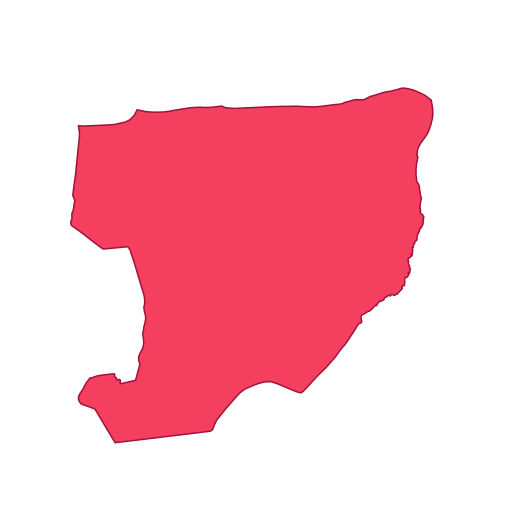 the district of Non Suwan, Buri Ram, Thailand, rotated 170°
{"feature_id": "78962969B59814899315802", "entity_name": "Non Suwan", "entity_type": "district", "adm_level": 2, "iso_a3": "THA", "parent_name": "Thailand", "parent_adm1": "Buri Ram", "projection": "mercator", "projection_center": [102.532, 14.565], "detail": "fine", "context": "isolated", "style": "filled", "palette": "rose", "viewbox_px": 512, "rotation_deg": 170, "n_neighbors": 0, "source": "geoboundaries", "source_scale": "gbopen_adm2", "svg_char_len": 5933}
<svg xmlns="http://www.w3.org/2000/svg" viewBox="0 0 512 512"><g transform="rotate(170 256 256)"><path d="M331.4,91.4L330.1,91.9L329.2,92.5L328.1,93.7L326.6,96.5L323.1,101.3L313.6,109.7L302.2,119.0L295.5,124.1L289.9,126.9L285.9,127.9L278.9,129.5L273.2,130.3L268.5,130.4L263.2,129.7L257.5,126.7L242.4,117.0L241.8,116.7L240.1,115.5L236.4,113.7L235.7,113.5L235.0,113.6L232.7,114.7L214.8,128.3L206.6,133.8L195.6,142.6L194.6,143.6L187.8,150.1L183.6,153.5L181.1,155.9L171.1,166.5L167.3,170.9L167.1,171.0L166.1,171.5L165.5,171.6L165.0,171.7L164.6,171.8L163.9,172.2L163.5,172.5L163.3,173.0L163.2,173.5L163.3,174.6L163.4,175.8L163.4,176.4L163.0,178.0L162.4,179.3L162.2,179.5L159.3,180.3L155.3,182.0L154.2,181.9L153.9,182.0L152.6,182.7L151.8,183.1L147.3,186.6L147.1,186.7L146.6,186.3L146.5,186.2L146.2,186.3L145.4,186.7L145.3,186.9L145.0,187.7L143.7,188.7L142.5,189.7L142.2,189.8L141.0,189.7L140.8,189.8L140.2,190.2L139.8,190.3L138.5,190.4L138.0,190.6L137.3,191.3L136.7,192.6L136.5,192.8L136.1,192.8L135.4,192.7L135.1,192.8L133.7,193.5L133.2,194.0L132.3,194.3L132.1,194.3L131.9,194.2L131.6,193.7L131.3,193.5L131.0,193.4L130.7,193.4L130.3,193.6L129.6,194.4L129.3,194.5L129.1,194.5L128.4,194.3L127.7,194.0L126.7,193.2L126.3,193.1L125.9,193.2L125.3,193.8L124.7,194.2L124.3,194.2L123.6,194.0L123.3,194.0L122.9,194.4L122.6,194.8L121.6,195.6L119.5,197.2L118.7,197.6L117.5,198.8L117.4,199.0L117.5,199.5L117.4,199.8L117.2,201.0L116.7,201.3L116.2,201.3L115.2,201.1L114.9,201.2L114.8,201.5L114.7,202.6L114.3,203.2L114.2,203.5L114.0,205.3L113.8,205.8L113.7,207.1L113.6,207.4L113.1,208.0L112.9,208.8L112.7,209.0L112.4,209.0L111.6,208.8L110.5,209.1L110.3,209.3L109.7,210.1L108.8,211.2L108.8,211.3L108.8,211.5L109.1,212.3L109.1,212.8L109.0,213.1L108.9,213.2L108.7,213.3L108.5,213.1L108.2,212.7L107.9,212.5L107.7,212.5L107.4,212.9L107.5,213.4L107.4,213.7L107.1,214.3L106.9,215.1L106.3,216.2L106.3,216.6L106.7,217.5L106.8,218.5L106.7,218.7L106.5,219.0L106.4,219.5L106.5,219.8L107.0,220.6L107.1,220.8L107.2,222.9L107.2,223.1L106.6,224.0L106.6,224.4L106.8,224.9L107.1,225.3L107.3,225.8L106.6,226.3L106.1,227.1L105.3,227.7L104.8,227.7L104.6,227.8L104.2,228.2L102.4,229.2L102.3,229.3L102.2,229.5L102.8,230.2L102.9,230.3L102.9,230.6L102.8,230.8L102.6,230.9L101.7,230.9L101.5,231.0L101.4,231.3L101.7,231.6L101.7,231.9L101.1,233.1L101.0,233.7L100.7,234.3L100.5,235.0L100.6,235.5L101.0,236.1L101.1,236.3L101.1,236.6L100.8,236.8L99.7,237.2L99.6,237.3L99.5,237.5L99.5,237.8L99.6,238.5L99.2,239.1L99.0,239.5L98.1,240.4L97.7,240.6L97.5,240.8L97.4,241.2L97.5,242.0L97.4,242.2L96.4,242.9L95.3,243.4L94.7,244.0L94.4,245.0L94.5,246.1L94.5,246.3L94.0,246.8L94.0,247.6L92.7,249.6L92.3,249.9L92.0,251.0L91.9,251.2L91.6,251.3L91.3,251.4L91.1,251.4L90.9,252.1L90.5,252.7L90.6,253.5L90.4,253.8L89.9,254.2L89.2,254.5L88.5,255.0L88.3,255.3L88.2,255.9L88.0,256.1L87.4,256.4L86.9,257.0L86.6,257.7L86.1,258.2L86.0,258.4L86.0,259.1L85.6,259.7L85.6,260.3L85.3,260.9L85.3,261.2L85.4,261.7L85.3,261.9L84.9,262.3L84.6,262.9L84.7,263.7L84.0,265.4L84.0,265.9L84.2,266.2L84.5,266.6L84.6,267.2L85.3,268.5L85.9,268.9L86.1,269.1L86.6,270.2L86.7,270.5L86.8,270.9L86.7,271.1L86.2,271.5L86.0,271.8L86.1,272.1L86.3,272.8L86.1,273.2L86.1,273.8L85.9,274.4L86.0,274.7L86.3,275.1L86.3,275.4L85.6,277.0L85.1,279.1L84.1,281.9L83.0,284.0L83.3,285.7L83.3,286.8L83.4,289.1L83.3,290.8L83.3,292.8L83.4,293.7L83.0,295.9L83.0,296.4L83.4,298.0L83.9,299.8L84.6,300.8L84.7,301.5L84.7,303.0L84.5,304.3L84.4,305.2L84.4,308.0L83.8,310.7L83.6,312.2L83.5,313.6L83.4,313.9L82.6,316.0L82.2,318.0L79.8,324.3L79.5,325.0L79.4,325.7L80.0,326.3L80.1,326.5L80.1,326.8L79.8,327.5L78.9,331.2L78.1,333.2L76.8,335.4L76.1,336.1L74.3,338.4L73.9,338.8L71.6,341.0L68.4,344.1L66.7,345.9L65.9,346.8L63.6,350.2L61.1,354.7L58.7,360.2L57.7,363.0L57.2,365.4L56.5,369.9L56.3,379.0L61.6,384.8L65.1,387.4L69.1,390.1L72.8,392.4L77.6,394.5L80.6,395.5L83.3,396.0L87.0,395.5L94.7,394.9L97.8,395.1L102.9,394.8L112.6,393.5L115.7,393.3L116.1,393.2L120.3,391.8L122.7,391.3L123.4,391.3L126.7,391.8L127.7,392.1L129.5,392.5L130.4,392.6L132.8,392.7L135.8,392.4L137.7,392.1L141.7,391.9L144.6,391.1L148.2,391.0L151.4,391.4L159.8,391.8L167.6,392.2L174.5,393.0L181.8,394.6L189.6,396.4L210.7,399.8L251.6,405.1L259.5,407.1L261.5,408.0L263.6,409.6L273.3,410.1L276.4,410.5L281.3,411.3L285.2,412.2L288.6,412.7L294.6,413.4L311.3,413.7L313.5,413.6L317.9,413.7L322.3,413.9L327.2,414.6L332.1,415.5L336.0,416.4L339.8,417.5L347.7,420.6L351.5,415.6L356.5,412.1L361.4,410.6L373.0,410.1L383.3,411.3L402.9,413.9L408.2,415.1L408.4,411.9L408.4,408.1L409.1,404.7L419.0,369.6L419.8,366.8L422.7,358.0L425.8,347.9L425.9,347.2L424.8,342.6L424.8,342.1L425.0,341.5L426.4,338.1L426.8,336.0L428.2,332.8L428.9,330.9L429.0,330.8L429.4,330.6L429.7,330.4L429.9,330.0L430.2,328.3L430.5,326.1L430.7,324.9L431.3,323.8L431.9,322.8L432.4,322.0L432.6,321.2L432.7,320.3L432.5,318.2L424.3,309.9L412.7,297.0L407.0,291.0L405.2,289.4L380.7,287.4L379.0,284.0L378.4,279.4L378.2,278.4L376.9,269.4L374.2,245.9L373.1,236.5L373.1,233.6L373.6,230.3L373.7,229.4L374.3,227.3L375.3,225.1L375.4,224.8L375.4,223.3L375.6,221.2L375.2,216.2L375.5,213.7L376.5,210.6L378.3,206.6L378.8,205.5L379.0,204.9L379.2,204.0L379.5,203.1L380.8,200.1L381.2,197.5L381.2,194.7L381.6,190.2L381.7,189.6L382.0,188.7L383.1,185.9L383.7,184.8L384.2,184.0L385.7,182.1L387.3,180.0L389.0,177.3L389.5,174.6L389.6,173.5L389.5,172.1L389.4,171.1L389.4,170.4L389.2,169.4L396.2,154.5L407.6,153.9L412.0,153.8L411.7,155.2L411.2,156.7L411.2,157.0L411.7,158.1L414.5,158.2L414.7,158.3L414.7,160.1L414.8,160.4L415.0,160.7L416.1,161.6L416.1,162.5L415.7,163.9L415.7,164.1L415.8,164.3L416.1,164.6L417.8,164.8L420.2,165.0L427.5,165.4L430.8,165.5L433.2,165.5L437.1,164.9L438.0,164.7L439.3,164.6L440.7,164.7L444.7,161.0L445.8,159.9L448.7,156.1L449.8,154.7L452.8,151.6L454.6,149.3L455.4,147.5L455.7,146.1L455.5,144.5L455.1,143.0L454.4,141.4L453.3,140.2L450.3,138.6L441.2,133.3L427.2,96.6L331.4,91.4Z" fill="#f43f5e" stroke="#9f1239" stroke-width="1.5"/></g></svg>